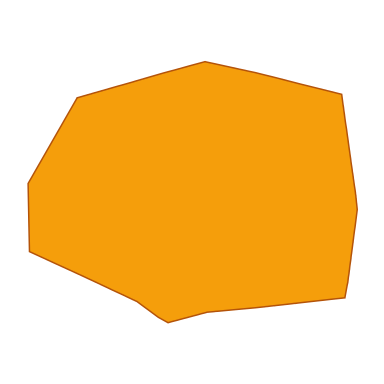 the district of Zuunmod, Töv, Mongolia, rotated 268°
{"feature_id": "93677404B29507747190159", "entity_name": "Zuunmod", "entity_type": "district", "adm_level": 2, "iso_a3": "MNG", "parent_name": "Mongolia", "parent_adm1": "Töv", "projection": "orthographic", "projection_center": [106.938, 47.703], "detail": "fine", "context": "isolated", "style": "filled", "palette": "amber", "viewbox_px": 384, "rotation_deg": 268, "n_neighbors": 0, "source": "geoboundaries", "source_scale": "gbopen_adm2", "svg_char_len": 2824}
<svg xmlns="http://www.w3.org/2000/svg" viewBox="0 0 384 384"><g transform="rotate(268 192 192)"><path d="M293.4,313.6L296.1,304.1L304.2,276.7L306.5,268.5L309.1,259.5L311.1,251.4L311.6,249.6L312.0,248.0L312.6,245.6L313.0,244.0L313.1,243.4L313.3,242.8L319.3,219.4L321.7,209.8L321.8,209.6L318.2,194.1L314.3,178.0L313.6,174.8L311.9,167.5L304.8,139.4L303.8,135.7L301.4,126.0L300.5,122.1L293.8,95.2L293.6,94.7L293.5,94.2L293.4,93.7L293.3,93.2L293.1,92.6L293.0,92.1L292.9,91.6L292.8,91.2L292.7,90.7L292.6,90.3L292.4,89.8L292.4,89.7L291.6,86.3L291.5,86.1L290.5,82.0L290.3,81.2L290.2,80.5L289.9,80.4L287.8,79.1L278.3,73.2L268.5,67.1L262.8,63.6L258.0,60.6L206.2,28.5L200.4,28.4L138.1,27.5L126.2,51.1L118.2,67.1L110.7,82.0L109.1,85.1L107.9,87.5L100.5,101.9L100.2,102.5L96.6,109.4L95.8,111.1L95.6,111.4L93.6,115.4L86.8,128.6L86.7,128.7L86.1,130.0L84.9,132.3L84.5,133.2L84.0,133.8L83.9,133.9L79.5,139.4L78.7,140.4L75.8,144.1L68.0,153.9L62.7,162.7L62.2,163.5L62.8,165.8L62.9,166.2L63.3,167.9L63.7,169.7L64.1,171.6L64.5,173.4L65.0,175.3L65.4,177.2L65.9,179.2L66.3,181.1L66.7,182.9L67.2,184.9L67.6,186.8L68.1,188.8L68.5,190.7L68.9,192.5L69.4,194.6L69.9,196.5L70.3,198.4L70.7,200.3L71.1,202.0L71.4,203.1L71.4,203.9L71.5,205.7L71.6,207.7L71.7,209.6L71.9,211.6L71.9,212.8L72.0,214.8L73.0,231.5L74.1,251.3L74.7,259.6L74.7,260.0L74.9,261.7L75.0,263.9L75.2,265.7L75.3,267.2L75.4,268.5L75.5,269.5L75.5,270.7L75.6,271.2L75.6,271.8L75.7,272.4L75.7,273.1L75.8,273.7L75.8,274.4L75.9,275.0L75.9,275.7L76.0,276.3L76.0,277.0L76.1,277.6L76.1,278.2L76.2,278.9L76.2,279.6L76.3,280.2L76.3,280.9L76.4,281.6L76.4,282.2L76.5,282.9L76.5,283.6L76.6,284.2L76.6,284.9L76.7,285.6L76.7,286.2L76.8,286.8L76.8,287.4L76.9,288.0L76.9,288.6L77.0,289.2L77.1,290.3L77.1,290.9L77.1,291.5L77.3,293.5L77.6,297.2L78.4,307.6L79.5,322.0L79.9,327.0L80.9,341.1L81.0,341.1L93.4,343.8L96.0,344.5L98.6,344.9L101.3,345.3L104.8,346.0L108.2,346.5L109.1,346.7L111.4,347.0L114.4,347.5L117.6,348.1L120.5,348.6L121.0,348.6L123.6,349.0L124.4,349.2L125.6,349.4L128.0,349.8L131.6,350.4L135.4,351.0L135.6,351.1L138.5,351.5L139.4,351.7L140.9,351.9L148.1,353.1L151.2,353.7L161.7,355.4L168.5,356.5L169.0,356.5L172.0,356.3L174.9,356.1L175.7,356.0L177.7,355.9L179.3,355.8L180.0,355.8L180.4,355.7L182.5,355.6L182.8,355.6L183.4,355.5L184.1,355.4L185.3,355.3L185.9,355.3L186.5,355.2L186.8,355.2L187.7,355.1L188.7,355.0L191.1,354.7L193.6,354.4L195.5,354.2L197.6,354.0L200.1,353.7L200.8,353.7L202.5,353.5L204.4,353.3L206.5,353.0L209.0,352.8L211.7,352.5L214.2,352.2L217.0,351.9L219.7,351.7L222.4,351.4L225.0,351.1L227.3,350.9L228.9,350.7L231.9,350.4L233.9,350.2L235.7,350.0L238.0,349.8L240.8,349.5L243.5,349.2L246.6,348.9L249.7,348.6L254.4,348.0L257.1,347.7L261.1,347.3L264.6,347.0L268.0,346.6L271.7,346.3L273.9,346.0L284.4,345.0L293.4,313.6Z" fill="#f59e0b" stroke="#b45309" stroke-width="1.5"/></g></svg>